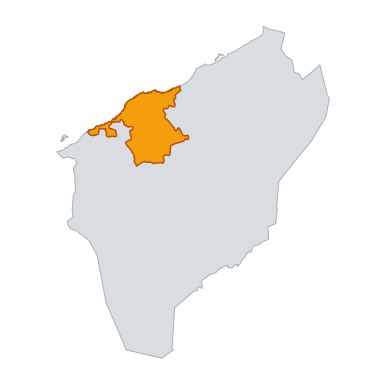 Saudi Arabia, with Makkah highlighted, rotated 91°
{"feature_id": "SAU-888", "entity_name": "Makkah", "entity_type": "Region", "adm_level": 1, "iso_a3": "SAU", "parent_name": "Saudi Arabia", "parent_adm1": "", "projection": "albers", "projection_center": [40.65, 21.044], "detail": "fine", "context": "in_parent", "style": "filled", "palette": "amber", "viewbox_px": 384, "rotation_deg": 91, "n_neighbors": 0, "source": "natural_earth", "source_scale": "10m", "svg_char_len": 9463}
<svg xmlns="http://www.w3.org/2000/svg" viewBox="0 0 384 384"><g transform="rotate(91 192 192)"><path d="M303.7,276.1L258.5,285.4L256.1,286.2L242.1,294.3L232.9,306.9L230.9,312.9L229.7,313.8L227.8,315.0L226.0,315.9L223.3,315.9L219.8,311.6L218.9,310.7L218.2,310.7L212.0,311.5L199.2,310.7L197.0,310.5L194.2,309.1L193.4,308.8L192.7,308.7L186.1,308.9L182.7,309.4L179.6,309.3L176.3,309.7L175.1,310.3L173.9,310.2L173.1,310.8L172.4,311.0L171.5,310.6L170.5,310.7L169.0,310.4L168.0,309.4L167.0,308.6L166.0,308.1L165.0,307.9L164.0,307.9L162.9,308.4L162.1,308.9L160.3,310.6L160.3,311.2L161.1,312.2L160.9,312.7L159.8,313.3L159.5,314.9L159.3,315.8L159.2,317.9L159.7,319.5L160.4,320.1L160.4,320.8L160.1,322.2L159.1,322.7L158.4,324.0L157.9,324.7L157.1,325.4L154.1,327.8L153.9,326.4L152.9,324.4L152.8,323.0L152.3,321.5L151.4,320.4L149.9,319.3L149.7,317.7L148.5,316.2L147.0,314.9L146.1,312.6L145.5,309.5L141.4,305.5L136.4,301.8L134.9,299.7L132.4,295.4L131.1,292.0L127.8,288.1L127.6,286.6L127.1,284.8L126.3,282.7L125.9,281.1L122.5,274.1L121.5,272.9L120.6,271.4L120.3,270.1L120.0,269.5L117.7,268.3L115.5,265.3L109.0,260.6L105.8,260.1L103.3,258.4L101.4,256.2L99.5,252.4L96.0,248.3L93.1,242.4L94.1,240.3L94.0,238.8L93.1,236.3L92.2,234.3L91.5,232.5L92.1,229.9L92.3,226.9L92.9,225.3L93.4,223.6L92.8,220.2L91.9,218.3L92.0,217.1L90.9,216.5L90.0,215.1L91.0,215.1L89.3,213.3L88.7,212.2L88.1,209.7L87.3,207.8L84.8,203.3L83.5,200.7L80.8,197.2L77.8,194.6L75.9,193.4L75.0,192.3L73.5,192.3L71.8,190.7L70.6,190.7L69.1,190.4L67.4,187.5L66.0,184.7L63.6,181.1L64.2,180.2L65.0,178.7L64.7,176.8L64.3,175.4L63.3,173.0L59.8,166.8L58.9,165.9L57.4,164.9L56.5,162.2L56.2,159.9L53.7,158.7L49.8,150.1L47.4,147.1L46.5,145.1L43.8,141.7L42.6,138.4L39.8,135.4L37.6,130.1L34.0,124.8L32.5,123.9L28.6,123.3L27.0,122.9L25.5,124.0L25.4,122.5L26.5,120.6L28.1,116.5L28.6,112.8L31.3,102.0L47.4,105.4L48.2,105.2L54.6,100.3L58.2,94.7L59.0,94.1L69.9,92.1L70.2,91.8L72.5,86.7L72.8,86.4L73.1,86.1L77.8,83.6L70.4,74.8L62.7,66.4L93.0,58.4L93.5,58.2L95.7,56.2L108.9,58.5L114.0,59.4L115.7,60.2L139.7,74.0L151.7,83.8L180.0,105.4L180.4,105.5L205.5,107.0L208.2,106.4L215.1,107.0L222.0,107.6L223.5,110.2L224.0,112.0L224.6,113.7L226.0,115.3L231.8,115.0L237.8,114.6L238.7,116.2L239.2,117.8L241.0,121.5L243.4,124.4L244.0,125.4L244.4,127.0L244.1,127.7L244.0,128.4L245.7,129.9L248.6,131.2L249.7,131.5L251.0,132.0L250.1,133.0L251.8,135.1L253.9,137.2L255.9,137.6L258.9,140.8L263.2,142.8L265.9,145.5L265.7,145.6L264.9,145.3L264.0,145.0L263.7,145.3L263.8,146.5L264.1,147.9L265.5,149.1L266.7,149.9L267.3,151.5L266.6,155.2L266.3,155.2L265.6,154.9L265.0,154.9L264.6,155.1L265.6,157.6L266.4,159.6L267.5,161.1L268.4,163.3L269.1,164.3L272.0,166.5L272.9,168.5L273.9,172.3L275.8,174.3L276.8,175.9L278.1,177.2L279.0,179.0L280.3,180.4L280.9,180.7L281.8,180.8L282.9,180.7L284.2,180.3L285.6,179.8L286.8,180.5L287.9,180.3L288.1,181.0L287.4,182.0L286.6,184.4L288.0,184.7L289.3,184.8L290.2,185.1L290.7,185.1L290.8,185.5L291.0,187.8L291.4,188.6L308.0,207.3L349.1,209.3L349.3,209.3L350.2,207.8L358.6,219.2L351.1,254.8L303.7,276.1ZM140.5,322.0L141.8,322.1L141.2,321.6L141.1,321.3L141.7,320.5L143.5,322.1L143.5,324.1L143.3,324.5L142.8,324.1L142.5,323.7L142.4,323.2L141.9,322.8L140.1,323.1L139.0,322.6L137.4,320.9L137.0,319.8L137.6,319.5L138.3,319.0L138.7,318.0L138.3,317.1L139.3,317.2L139.8,318.2L139.9,320.5L140.1,320.9L139.8,321.4L140.5,322.0ZM59.4,171.3L59.0,171.3L57.9,170.1L57.3,169.2L56.7,168.6L53.7,167.4L53.3,166.6L53.8,165.9L54.1,166.6L54.6,167.1L57.1,168.2L59.8,170.6L60.3,170.8L59.4,171.3ZM54.8,165.5L54.6,165.7L54.0,165.1L54.0,163.8L54.6,163.0L54.6,164.0L54.8,165.1L54.8,165.5Z" fill="#d9dde1" stroke="#a8b0b8" stroke-width="1"/><path d="M133.8,297.7L133.5,297.3L133.4,297.0L133.2,296.8L133.2,296.6L132.6,296.4L132.8,296.2L132.5,295.9L132.1,296.0L132.3,295.6L132.2,295.4L132.3,295.1L132.2,295.0L131.8,295.0L131.8,294.5L131.4,293.7L131.2,292.7L131.2,291.8L131.1,291.6L130.8,291.5L130.8,291.1L130.1,290.6L129.8,290.0L129.4,289.7L129.0,289.9L128.5,289.6L127.9,288.5L127.4,287.8L127.5,287.2L128.1,285.4L127.9,285.2L127.5,284.9L126.8,284.8L126.6,284.1L126.2,283.7L126.2,283.3L126.5,282.5L126.7,281.8L126.9,281.4L126.7,281.1L126.4,280.9L125.4,280.6L125.1,280.4L124.6,279.4L124.8,278.8L124.6,278.0L124.3,277.8L124.1,277.3L123.9,277.1L123.2,276.6L123.3,276.2L123.1,275.9L122.9,275.3L123.0,275.1L123.3,274.7L123.2,274.5L123.2,274.3L123.1,273.8L121.3,273.1L120.4,272.2L120.0,272.0L120.0,271.9L120.6,272.1L120.7,271.4L120.7,270.6L120.5,270.2L119.8,269.1L119.5,268.9L118.3,268.8L118.2,269.0L118.3,269.4L118.1,269.2L117.9,268.8L117.7,268.3L117.5,268.2L116.8,267.2L116.2,266.8L116.5,266.2L116.4,265.9L116.2,265.7L114.9,265.1L114.8,264.8L114.5,264.7L114.1,264.1L113.1,263.9L112.8,263.7L112.0,263.1L111.4,262.4L111.6,262.1L111.3,262.0L110.4,261.8L109.7,261.0L109.0,260.4L108.8,260.3L108.4,260.3L107.7,260.4L107.5,260.6L106.1,259.9L106.2,260.2L106.8,260.7L106.7,260.7L106.4,260.6L104.6,259.5L103.8,259.1L103.5,258.6L102.0,257.2L101.0,255.6L100.7,255.3L100.7,255.2L101.0,255.2L100.7,254.8L100.3,254.4L100.0,253.5L99.5,252.9L99.5,252.6L99.7,252.2L98.9,252.0L99.0,252.2L99.3,252.4L98.9,252.3L98.6,252.0L98.4,251.8L98.5,251.5L98.3,251.3L98.4,251.0L98.6,251.3L98.9,251.4L98.8,250.8L98.5,250.8L98.3,250.5L98.2,250.5L98.2,250.8L97.4,250.2L97.0,249.8L97.1,249.4L97.4,249.6L97.3,249.3L97.3,249.2L96.9,249.0L96.4,249.1L95.8,248.1L95.8,247.4L95.7,247.2L95.4,246.7L94.4,245.9L94.1,244.9L94.3,244.5L93.6,243.3L93.4,243.1L92.9,242.3L94.2,241.2L94.4,240.8L94.4,240.2L94.3,239.7L94.1,239.5L94.1,239.4L94.2,239.2L94.0,238.4L93.8,238.8L93.6,238.8L93.3,238.3L93.4,238.2L93.2,237.8L93.1,236.3L92.9,235.8L93.0,235.5L93.4,235.3L93.5,234.8L93.3,234.6L93.1,235.1L92.8,235.2L92.7,234.8L92.4,234.5L92.2,233.9L91.4,232.8L90.9,231.8L90.6,230.3L90.7,230.0L91.1,229.8L91.5,230.4L91.8,230.4L92.0,229.5L92.3,229.2L92.5,228.2L92.5,227.8L92.4,227.8L92.2,228.4L92.1,228.1L92.3,227.5L92.3,226.8L92.4,226.3L93.0,225.7L93.1,225.0L93.5,224.5L93.8,224.0L94.1,223.7L93.9,223.1L93.7,223.2L93.3,224.0L92.9,224.1L92.9,223.6L93.1,222.9L93.0,221.9L93.1,221.0L93.0,220.5L92.5,219.6L91.6,217.9L91.7,217.7L92.1,217.3L92.1,217.1L91.0,216.0L90.9,216.1L91.3,216.6L91.5,217.4L91.4,217.5L90.8,216.3L90.3,215.8L89.5,214.3L89.5,214.1L90.0,214.3L90.5,215.5L91.0,215.7L91.3,215.3L90.9,214.6L90.5,214.3L90.2,213.7L89.3,213.3L89.0,213.4L88.7,213.1L88.4,212.3L88.6,212.2L88.8,211.7L88.7,210.5L88.6,210.4L88.4,210.6L87.7,209.3L87.4,209.0L86.9,207.8L86.8,207.0L86.4,206.1L86.3,205.8L88.8,205.6L90.4,205.3L90.8,205.4L91.1,205.7L91.8,206.8L93.3,208.2L94.5,209.7L94.9,210.0L95.2,210.2L95.8,210.3L98.1,210.0L98.6,210.0L98.9,210.2L99.0,210.5L99.2,211.5L99.3,211.8L99.7,212.0L100.9,211.8L104.3,210.7L105.8,210.5L106.5,210.7L106.8,210.9L107.0,211.2L107.1,211.9L107.1,212.4L106.9,213.5L106.1,215.6L106.0,216.0L106.0,216.3L106.2,216.6L108.1,217.3L108.7,217.8L108.9,218.1L109.1,218.5L109.2,219.2L108.9,221.0L108.9,221.4L109.1,221.7L109.5,221.9L110.5,222.0L111.3,222.0L111.7,221.9L112.1,221.7L113.7,220.3L114.4,219.9L114.9,219.8L115.3,219.8L117.7,220.6L118.1,220.6L118.5,220.4L118.9,220.0L120.0,218.2L120.7,217.4L125.2,213.8L127.4,211.6L128.3,210.9L130.6,210.0L130.9,209.7L131.0,209.2L130.9,208.8L130.7,208.5L128.6,207.3L128.3,207.0L128.2,206.7L128.4,206.2L128.8,205.7L129.6,205.2L131.6,204.0L134.4,202.7L135.2,202.1L135.6,201.4L135.9,200.5L135.9,199.4L135.4,197.9L135.4,197.5L135.5,197.2L135.7,196.9L136.3,196.5L137.3,196.4L139.4,196.7L139.3,198.3L139.3,199.4L139.4,199.8L139.8,200.2L140.7,200.8L141.1,201.1L141.4,201.6L142.2,204.4L142.8,205.7L143.3,208.2L145.4,213.1L145.8,213.6L146.1,213.8L146.8,214.2L147.7,214.4L150.2,214.3L153.7,214.6L154.8,214.8L155.6,215.4L155.9,215.8L155.9,216.1L155.6,217.2L155.6,219.4L155.7,219.8L156.1,220.4L156.4,220.8L156.8,221.0L157.8,221.2L160.1,220.6L160.8,220.6L163.1,221.0L163.4,221.2L163.6,221.5L163.2,224.1L163.2,224.8L164.1,230.6L164.1,230.9L164.1,231.3L163.9,232.0L163.0,233.3L162.9,233.7L163.1,236.9L163.0,237.6L162.4,240.2L162.4,240.9L162.7,241.6L167.0,247.9L165.3,248.6L162.8,250.1L162.3,250.3L161.8,250.3L160.7,250.0L159.9,249.9L158.6,250.2L157.3,250.7L156.1,250.8L155.5,250.9L155.1,251.1L154.6,251.4L153.6,252.4L150.4,254.2L146.3,258.0L144.9,258.9L144.4,259.1L143.9,259.1L143.6,259.0L142.9,258.6L142.6,258.2L140.6,254.3L139.7,253.5L139.0,253.4L138.6,253.4L137.2,254.3L136.4,254.6L134.2,254.7L132.5,255.3L132.1,255.3L131.7,255.0L131.5,254.7L130.8,252.9L130.5,252.6L130.1,252.3L129.7,252.1L128.9,252.0L128.2,252.4L127.7,253.2L127.6,253.5L127.6,254.2L128.0,255.9L128.1,256.6L128.0,257.1L126.8,259.1L126.2,260.6L125.8,261.0L125.4,261.2L123.5,261.5L122.5,261.9L120.9,263.5L120.7,263.8L120.7,264.1L120.8,264.4L121.0,264.7L121.4,264.9L122.6,265.2L123.0,265.7L123.1,266.0L123.3,266.8L123.1,268.9L123.4,270.4L123.4,272.2L123.6,272.9L124.1,273.3L125.3,273.9L125.7,274.3L126.7,275.7L127.5,276.1L127.9,276.2L128.7,276.2L129.4,275.9L129.7,275.6L130.0,275.0L130.4,273.1L131.4,270.3L131.8,269.6L132.2,269.2L132.8,269.0L134.3,269.0L134.9,268.9L136.1,268.4L136.7,268.4L137.1,268.4L137.5,268.6L137.9,269.3L138.1,269.7L138.0,270.4L137.6,272.6L137.5,273.0L137.7,273.8L138.4,275.0L138.5,275.4L138.5,275.8L137.8,277.9L137.6,278.3L137.0,278.6L136.5,278.7L134.7,278.5L134.0,278.6L132.9,279.1L131.7,279.9L131.4,279.9L130.5,279.4L130.4,279.6L130.4,279.9L130.3,283.9L130.5,285.0L130.8,285.7L131.1,286.0L131.7,286.2L134.2,286.3L134.9,286.4L135.6,286.7L136.0,287.3L137.3,291.2L137.3,292.2L136.7,294.4L136.4,295.1L135.9,295.6L134.6,296.4L134.1,297.0L133.8,297.7Z" fill="#f59e0b" stroke="#b45309" stroke-width="1.5"/></g></svg>